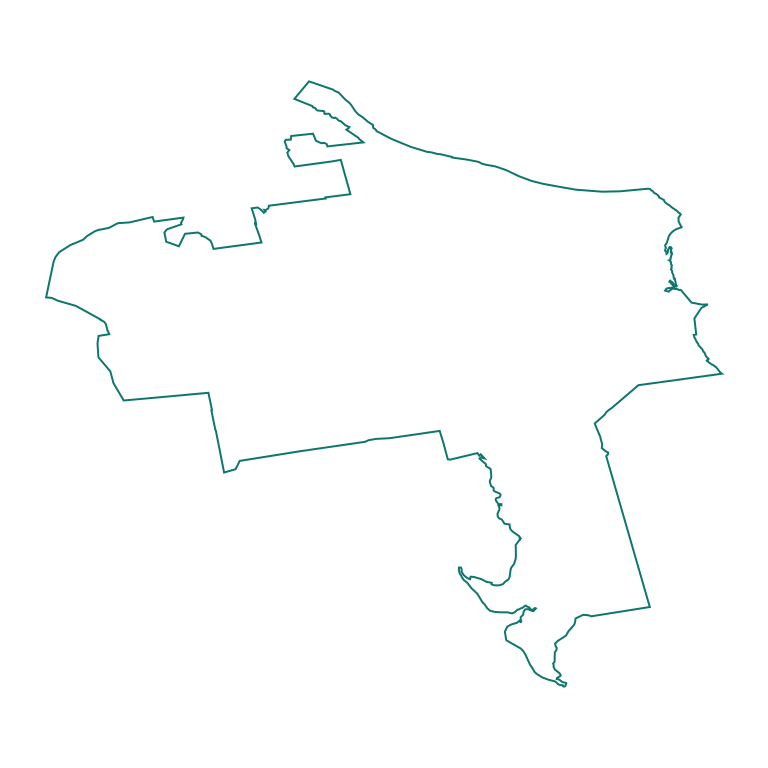 Mērsraga pag., Mersraga, Latvia (Robinson projection)
{"feature_id": "27541924B11751458518811", "entity_name": "Mērsraga pag.", "entity_type": "district", "adm_level": 2, "iso_a3": "LVA", "parent_name": "Latvia", "parent_adm1": "Mersraga", "projection": "robinson", "projection_center": [23.056, 57.313], "detail": "fine", "context": "isolated", "style": "outline", "palette": "teal", "viewbox_px": 768, "rotation_deg": 0, "n_neighbors": 0, "source": "geoboundaries", "source_scale": "gbopen_adm2", "svg_char_len": 6106}
<svg xmlns="http://www.w3.org/2000/svg" viewBox="0 0 768 768"><path d="M721.9,373.7L720.2,372.4L716.5,367.6L714.2,365.7L711.2,364.1L706.7,360.7L707.4,359.8L708.4,359.6L708.6,359.0L705.9,356.1L704.4,352.4L703.4,351.8L702.3,349.3L698.5,345.2L698.1,343.6L697.0,342.4L694.3,337.0L693.7,335.0L696.2,334.5L694.4,318.4L701.3,308.0L707.9,304.4L702.2,304.6L691.5,302.6L680.8,289.9L679.0,290.0L677.5,289.1L674.6,288.9L673.0,288.4L669.4,290.7L668.8,291.6L665.1,290.6L666.4,288.6L670.4,287.6L669.7,288.0L671.4,288.7L671.7,287.7L672.8,287.9L674.1,287.4L673.5,286.3L673.5,285.9L672.4,284.8L672.4,284.1L671.5,283.9L670.6,282.2L669.5,281.9L669.8,280.7L670.3,280.6L671.0,281.6L671.8,282.0L671.5,282.6L672.7,282.7L673.2,283.8L673.1,284.1L673.8,284.2L674.4,285.8L675.1,286.3L676.4,286.5L676.8,285.7L676.1,285.1L675.0,279.5L674.4,279.2L674.7,278.4L673.6,277.6L673.6,275.7L672.1,272.4L672.1,271.0L671.0,269.5L671.7,268.0L671.3,267.2L671.9,265.5L670.9,263.9L671.1,262.3L670.6,261.9L670.5,261.2L669.2,260.3L670.0,260.1L670.6,259.2L670.4,258.0L670.9,257.5L670.9,256.9L671.4,255.8L671.2,255.2L672.0,254.0L671.9,253.0L670.8,252.6L670.8,251.6L671.4,251.0L670.9,250.3L671.2,249.6L670.8,248.9L671.0,248.5L670.4,248.1L671.4,247.9L670.6,247.0L669.6,247.1L667.9,250.1L668.1,250.6L667.8,251.7L667.4,252.1L667.6,252.4L667.3,253.4L666.5,253.9L666.3,252.2L665.9,251.3L665.3,251.1L665.1,250.2L665.9,247.8L665.3,246.5L665.2,245.1L666.8,242.9L668.9,236.1L671.0,233.1L673.2,231.1L676.3,229.1L682.4,227.0L681.4,227.0L678.6,221.4L678.5,217.6L680.8,214.5L679.8,213.3L678.0,212.2L677.4,211.2L671.7,207.3L669.3,205.2L667.1,204.0L664.6,201.8L663.9,200.0L659.1,197.4L658.8,196.8L658.9,196.4L658.2,195.5L656.2,193.9L654.4,193.1L652.4,190.8L651.0,190.2L650.1,189.0L648.2,188.7L620.1,191.3L602.3,191.7L576.0,189.7L556.5,186.3L543.0,183.8L531.5,180.9L519.1,176.3L506.1,170.1L495.3,166.4L485.2,164.6L481.6,163.6L479.1,162.1L477.2,161.6L467.0,159.6L453.3,157.7L452.2,157.5L452.2,157.0L440.4,154.2L437.5,154.0L431.6,152.4L426.9,151.8L410.6,146.8L391.4,138.9L376.4,131.0L376.3,130.4L374.8,128.8L373.5,128.2L372.9,126.4L373.1,125.4L372.9,124.9L368.1,121.9L362.6,117.2L358.3,114.4L355.3,111.2L351.3,105.1L349.4,102.9L345.1,99.4L338.8,92.7L334.6,90.8L333.2,89.7L309.0,81.4L294.4,98.9L312.4,106.1L312.8,107.2L315.4,108.2L316.2,109.7L317.5,110.5L323.7,111.1L324.3,111.6L324.3,113.4L324.7,113.9L328.7,113.7L329.9,114.4L330.0,115.3L332.0,117.5L334.2,118.0L335.0,117.6L336.7,118.5L338.8,120.7L340.6,121.1L345.4,125.3L349.4,127.1L348.6,128.2L346.4,129.7L358.4,137.8L359.3,139.1L363.4,142.4L327.4,146.4L326.7,144.1L324.3,142.9L321.4,143.2L316.0,140.8L313.0,133.7L291.2,136.0L290.8,139.6L285.8,139.8L284.7,141.6L286.5,146.4L286.6,148.3L289.3,150.0L287.3,152.7L288.5,156.4L293.6,164.1L294.6,166.5L331.5,161.5L340.8,159.9L350.4,194.2L325.4,197.4L325.7,198.5L268.9,205.7L268.3,208.5L265.6,210.0L264.5,209.9L265.6,211.3L263.9,212.8L261.2,209.9L257.7,207.5L251.7,208.3L255.2,219.5L256.0,223.6L255.0,223.0L254.9,223.5L259.2,235.2L261.4,242.5L213.5,248.9L211.9,243.7L210.5,240.7L205.3,237.1L201.5,235.8L201.3,234.3L197.9,232.5L185.0,233.8L178.9,246.3L166.2,241.7L164.4,232.6L166.2,230.1L167.3,229.2L181.5,224.3L181.0,222.9L182.7,219.9L183.4,217.6L154.1,221.6L152.6,217.0L129.6,222.4L117.8,223.2L108.9,227.9L98.2,230.0L95.0,231.2L87.4,235.8L83.0,239.8L70.3,245.1L59.1,252.2L55.3,257.4L53.6,261.7L46.1,297.4L51.7,297.9L57.8,300.7L75.9,305.9L100.4,319.4L100.2,319.6L104.1,321.8L105.2,323.1L105.9,324.2L107.6,331.0L107.9,331.1L109.3,334.2L98.6,335.9L97.5,343.3L98.4,357.3L110.3,371.3L113.5,383.2L123.7,400.5L208.4,392.8L212.0,410.1L211.4,410.4L212.8,417.5L215.4,430.1L215.8,430.4L224.1,472.5L235.6,469.2L239.7,460.9L300.3,451.2L365.1,441.8L368.6,440.2L376.0,438.9L389.4,438.2L439.7,430.9L443.4,443.0L447.8,459.3L450.3,459.6L477.5,453.1L479.2,455.7L480.7,454.3L484.5,458.4L480.7,457.4L479.5,458.6L485.9,464.2L486.1,466.2L490.6,469.0L491.3,475.5L491.1,478.0L489.8,481.1L489.8,482.0L490.9,485.4L491.3,486.2L493.3,487.5L493.7,488.1L493.5,490.0L494.4,491.3L499.0,493.2L500.4,494.3L500.5,495.6L499.5,497.2L496.7,498.1L496.0,498.5L495.8,499.1L495.7,499.9L496.1,500.9L498.5,504.1L501.4,504.1L501.4,505.3L498.4,505.3L499.5,508.3L499.3,509.7L497.5,513.8L497.8,516.6L499.3,518.5L501.4,519.3L502.2,520.1L504.4,523.5L505.3,524.0L509.6,524.4L509.8,527.1L510.5,529.3L512.6,531.6L519.1,536.1L520.4,538.0L519.6,538.0L519.8,539.4L520.8,539.2L519.4,540.1L515.7,545.0L515.9,554.6L515.7,558.7L514.2,563.7L511.3,567.6L510.7,569.0L509.7,576.5L509.0,578.6L508.2,579.6L504.8,582.0L502.9,584.2L498.8,585.4L494.4,585.3L491.5,584.3L491.7,582.8L486.6,581.9L481.3,579.1L473.6,576.9L470.6,576.7L470.1,579.2L469.1,578.9L466.2,577.3L463.7,575.1L461.6,571.8L461.6,569.0L460.9,567.5L459.0,567.5L458.9,570.7L460.0,574.2L460.9,575.0L461.8,577.1L463.8,580.0L467.3,582.8L471.7,588.5L477.4,593.8L482.3,602.0L484.3,604.0L487.4,608.4L490.2,610.8L494.7,611.9L500.2,612.3L507.5,612.3L512.0,613.4L514.9,612.2L517.4,609.7L519.2,609.4L520.4,608.5L522.7,607.7L525.0,605.8L526.1,605.7L526.9,606.5L529.2,607.4L531.1,609.7L531.9,609.9L532.7,609.8L535.1,608.0L535.9,608.4L533.5,611.0L532.9,611.2L527.8,609.1L525.0,609.5L523.7,611.5L523.1,614.7L520.7,617.2L520.6,620.0L521.2,620.6L521.2,621.8L520.5,622.1L519.3,620.8L517.0,622.8L511.2,624.5L507.4,626.6L505.1,631.0L505.0,632.5L506.1,639.4L506.5,640.4L520.9,648.6L523.2,651.0L525.7,655.1L530.0,664.7L531.7,667.0L534.4,671.7L536.3,673.6L542.2,677.4L548.4,679.7L555.0,681.4L556.5,682.5L558.0,684.2L560.2,685.1L562.8,685.2L563.0,686.1L563.5,686.6L564.8,686.4L565.4,685.9L566.3,683.5L566.0,682.9L562.4,682.1L559.3,679.7L556.7,679.0L556.9,678.1L560.0,676.2L560.7,675.3L560.6,674.8L559.4,673.1L554.8,669.5L553.6,666.8L553.6,664.9L553.1,663.6L554.6,661.8L554.8,652.4L556.5,649.9L556.7,647.9L555.5,645.9L555.1,643.6L557.6,641.0L565.9,635.7L568.5,631.2L574.0,625.0L575.1,622.2L575.5,618.7L575.9,618.3L583.2,614.8L588.6,615.3L591.3,616.3L649.8,607.0L606.2,456.1L608.0,454.3L608.2,452.6L605.9,451.4L601.8,448.1L602.2,444.2L600.6,438.6L600.5,437.4L595.6,425.8L594.8,423.4L604.6,414.8L606.2,412.3L608.9,409.9L611.5,408.2L638.4,385.2L721.9,373.7Z" fill="none" stroke="#0f766e" stroke-width="2"/></svg>